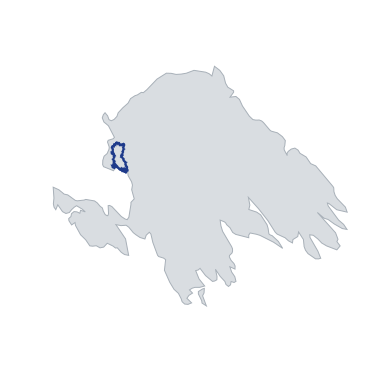 Ballybay-Clones Lea-5, Monaghan, Ireland shown in context, rotated 243°
{"feature_id": "5873133B63636578816304", "entity_name": "Ballybay-Clones Lea-5", "entity_type": "district", "adm_level": 2, "iso_a3": "IRL", "parent_name": "Ireland", "parent_adm1": "Monaghan", "projection": "equal_earth", "projection_center": [-7.062, 54.133], "detail": "fine", "context": "in_parent", "style": "outline", "palette": "blue", "viewbox_px": 384, "rotation_deg": 243, "n_neighbors": 0, "source": "geoboundaries", "source_scale": "gbopen_adm2", "svg_char_len": 8677}
<svg xmlns="http://www.w3.org/2000/svg" viewBox="0 0 384 384"><g transform="rotate(243 192 192)"><path d="M245.8,80.0L237.5,84.2L236.2,85.8L233.8,92.2L233.6,94.0L228.3,101.1L225.4,102.6L220.9,103.7L218.4,104.9L215.3,104.3L211.3,104.4L209.3,105.7L209.4,106.7L210.6,107.8L217.9,111.1L217.5,112.4L215.4,114.0L202.2,117.9L198.2,120.2L196.8,121.7L198.2,124.3L208.7,132.0L210.5,132.9L212.1,137.4L221.4,139.3L225.2,142.1L228.5,142.8L235.6,142.5L238.5,143.6L240.1,142.8L241.1,141.3L249.1,135.8L246.6,131.7L254.7,124.7L256.9,124.8L260.7,126.9L263.8,129.9L264.8,133.9L267.8,137.5L269.7,138.7L274.9,139.4L276.1,140.8L275.2,146.0L275.9,147.7L289.0,147.6L294.3,145.3L298.8,145.7L301.1,148.1L302.1,150.5L298.2,151.4L294.1,150.9L292.1,152.5L292.0,155.5L293.4,159.4L296.1,162.2L298.4,168.5L300.2,175.4L303.1,179.6L303.7,184.9L303.3,187.4L303.8,192.1L302.6,193.7L303.6,198.1L308.5,212.1L309.5,223.1L307.2,227.3L304.0,231.2L302.0,235.8L300.4,240.9L299.5,249.0L292.6,258.5L289.7,260.9L286.3,262.4L293.8,269.1L287.7,272.0L281.1,273.0L273.7,271.3L269.1,271.5L263.3,275.0L262.0,274.4L259.2,268.9L257.2,274.5L253.0,276.3L245.7,276.0L233.6,277.5L228.9,279.1L227.0,281.6L225.6,284.6L223.7,286.3L221.5,287.2L212.1,289.4L210.3,290.2L205.9,295.0L200.2,297.7L195.5,298.5L191.3,295.8L189.6,294.1L187.7,293.3L181.2,293.4L183.3,294.2L184.5,296.2L185.2,299.9L184.4,303.6L181.2,305.5L177.4,305.8L171.4,309.6L163.4,310.6L159.1,314.1L132.9,320.1L131.4,320.2L127.8,318.6L123.9,318.0L120.0,318.4L108.9,321.8L103.6,321.1L110.5,312.9L119.7,308.7L120.7,307.6L117.7,307.0L100.4,309.9L94.3,312.4L88.3,313.1L91.2,309.3L99.0,304.2L105.7,300.8L108.7,297.8L116.9,294.4L90.5,301.4L83.6,300.6L82.0,298.6L76.7,299.5L74.7,294.8L82.8,287.5L87.5,284.5L93.1,282.8L98.4,280.4L100.4,277.5L97.9,276.5L82.1,277.3L74.5,276.6L75.0,274.3L76.4,271.7L84.4,267.4L88.6,266.7L92.4,267.1L99.1,269.7L108.0,268.8L104.3,266.0L103.8,260.3L101.0,258.4L104.7,255.8L108.9,254.2L115.9,248.7L118.4,247.9L132.1,246.6L146.9,243.7L161.6,239.8L154.1,237.6L150.6,234.7L144.7,240.5L140.5,242.8L128.8,244.0L125.1,243.3L119.8,241.5L118.2,242.2L116.7,243.6L108.8,246.5L100.6,247.2L110.2,241.9L122.5,232.9L125.2,230.1L129.1,225.2L127.9,223.0L125.5,221.8L134.4,211.7L137.5,209.9L143.0,209.6L147.2,208.0L149.0,208.0L150.6,207.4L154.2,204.3L148.7,202.4L143.0,201.4L125.3,202.5L123.0,202.3L120.9,201.3L119.5,200.0L118.4,196.6L117.2,195.8L113.2,195.8L109.2,196.9L106.5,196.8L103.8,195.3L108.2,191.8L102.7,191.0L97.1,191.7L92.4,190.6L92.3,188.4L94.5,186.2L91.8,184.2L91.3,181.6L94.2,180.3L97.4,180.7L104.0,178.8L112.5,177.8L105.3,175.9L102.5,174.3L102.4,171.8L103.0,169.7L111.4,166.1L120.3,164.5L119.7,162.1L120.3,159.6L111.4,158.8L102.5,160.6L103.5,155.7L105.7,151.3L106.2,148.4L105.9,145.3L101.7,146.6L101.3,142.3L99.6,139.2L93.4,141.3L93.7,137.4L95.5,134.6L98.7,133.4L101.9,133.9L107.8,133.9L113.5,131.8L121.7,131.2L134.8,131.9L143.7,137.8L146.0,136.7L149.6,133.0L151.3,132.6L164.8,134.2L173.2,136.3L175.5,135.7L174.3,131.6L171.5,128.7L175.1,125.0L179.6,122.5L182.5,121.2L189.3,119.7L192.3,118.2L194.3,113.4L197.5,109.4L180.4,111.5L164.3,106.8L166.9,103.5L170.3,101.6L176.2,100.1L176.8,98.4L179.8,97.0L184.8,93.2L183.0,88.3L184.0,84.7L187.6,82.3L188.8,78.9L190.4,76.5L197.6,75.6L204.5,73.3L215.1,73.0L217.9,73.9L217.3,69.8L222.3,69.3L224.3,70.1L225.1,73.0L227.4,74.8L228.1,78.0L226.5,80.5L224.0,82.4L226.3,84.4L222.7,87.9L226.6,86.4L232.2,82.9L231.9,80.1L230.9,76.6L229.4,73.4L230.1,69.9L233.3,67.7L241.5,66.6L238.1,62.6L241.1,62.2L244.4,63.1L249.2,66.2L259.3,70.5L254.4,74.4L248.2,77.1L245.8,80.0ZM100.8,157.4L100.5,159.2L96.6,156.9L94.7,154.3L84.0,153.1L88.5,150.5L90.7,151.3L98.3,151.4L100.4,152.5L100.8,157.4Z" fill="#d9dde1" stroke="#a8b0b8" stroke-width="1"/><path d="M268.5,141.4L268.3,141.3L268.4,141.1L268.1,140.8L268.1,140.7L267.9,140.6L267.5,140.9L267.2,140.9L267.0,141.0L266.9,140.8L266.7,140.8L266.6,140.7L266.2,140.6L266.2,140.8L265.9,140.9L265.7,140.8L265.4,140.4L265.2,140.5L264.9,140.3L264.7,140.2L264.3,140.0L263.8,139.9L263.7,139.7L263.9,139.6L263.9,139.4L264.0,139.1L263.9,139.0L263.9,138.8L263.9,138.6L263.6,138.6L263.4,138.4L263.6,138.2L263.0,138.0L262.7,137.9L262.3,138.1L262.1,138.4L261.7,138.5L261.6,138.8L261.6,139.0L261.9,139.1L262.0,139.3L261.9,139.5L262.0,139.7L261.9,139.7L261.5,139.8L261.2,139.6L260.9,139.6L260.5,139.5L260.4,139.6L259.7,139.7L259.8,139.4L259.7,139.0L259.3,139.2L259.0,139.1L259.1,138.8L259.0,138.7L258.5,138.4L258.4,138.2L258.5,138.1L258.2,138.0L257.9,138.1L257.8,137.8L257.7,137.7L257.5,137.4L257.4,137.2L256.9,136.9L256.8,136.7L257.0,136.7L257.0,136.4L256.6,136.5L256.3,136.4L256.0,136.4L256.0,136.5L255.3,136.9L255.0,136.7L254.8,136.8L254.8,136.6L254.8,136.4L254.6,136.4L254.6,136.1L254.6,135.9L254.3,135.7L253.8,135.6L253.7,135.9L253.8,136.0L254.0,136.1L253.7,136.2L253.1,136.1L252.7,136.2L252.4,136.1L251.9,136.1L251.7,135.9L251.2,135.5L251.7,135.2L251.9,134.8L251.9,134.6L251.7,134.5L251.4,134.6L251.2,134.2L251.3,134.0L251.7,134.1L252.0,134.0L251.8,133.8L251.8,133.6L251.5,133.6L251.1,133.3L251.5,133.1L251.7,132.8L251.1,132.8L250.8,132.7L250.5,132.5L250.1,132.5L249.8,132.7L249.9,132.9L249.9,133.0L250.0,133.3L249.6,133.4L249.1,133.3L248.8,133.6L249.0,133.7L248.9,133.8L249.3,134.0L249.2,134.1L249.3,134.5L249.8,134.7L249.8,134.8L249.8,135.0L249.3,135.1L249.0,135.4L248.9,135.5L249.6,135.8L249.6,136.0L249.4,136.2L249.4,136.3L249.6,136.4L249.5,136.7L249.7,136.8L249.3,136.9L249.2,137.0L248.3,137.2L248.0,137.2L247.8,137.0L247.6,137.1L247.6,136.8L247.4,136.8L247.2,136.8L247.0,137.1L246.8,137.4L246.3,137.6L246.0,137.5L245.6,137.4L245.0,137.7L245.0,137.8L245.1,138.0L244.7,137.9L244.2,138.1L244.1,138.4L244.1,138.5L244.5,138.4L244.6,138.5L245.0,138.5L244.8,138.6L244.8,138.8L244.4,138.9L244.0,138.8L243.6,138.9L243.8,139.0L243.7,139.3L243.6,139.5L243.8,139.6L243.7,139.9L243.8,140.0L243.9,139.9L244.0,140.2L244.4,140.2L244.6,140.3L244.4,140.4L243.9,140.6L243.7,140.7L243.7,140.8L243.7,141.1L243.9,141.1L244.0,141.3L243.7,141.4L243.6,141.6L243.6,141.8L243.4,142.0L243.5,142.3L243.4,142.3L243.4,142.5L243.1,142.7L242.6,143.0L242.5,143.3L242.6,143.5L242.3,143.5L241.9,143.7L241.5,143.6L241.3,143.5L241.3,143.2L241.0,142.9L241.5,142.8L241.8,143.0L242.2,142.6L242.3,142.4L241.4,142.1L241.5,141.7L242.0,141.7L242.3,141.4L242.2,141.2L242.5,140.5L241.9,140.2L241.8,140.4L241.4,140.6L240.9,140.6L240.7,140.8L240.5,141.0L240.4,141.1L240.2,141.4L240.1,141.6L239.3,141.9L239.4,142.1L239.7,142.1L239.9,142.3L240.0,142.7L240.3,142.5L240.5,142.5L240.4,142.7L240.8,142.9L240.6,143.2L241.2,143.5L241.0,143.9L240.7,143.9L240.7,144.0L240.4,144.1L240.3,144.4L240.7,144.6L241.0,144.4L241.4,144.6L241.8,144.5L242.1,144.5L242.4,144.8L242.8,145.0L243.0,145.2L243.4,145.4L243.6,145.2L244.1,145.3L244.3,145.5L244.7,145.3L244.5,145.1L244.2,145.0L244.2,144.9L244.5,144.9L245.0,145.2L245.5,144.8L245.8,145.1L246.2,145.2L246.2,145.3L246.3,145.3L246.6,145.5L247.0,145.2L247.1,145.3L247.2,145.5L247.6,145.6L247.8,145.9L248.0,145.8L248.5,145.7L248.7,145.8L248.7,146.1L248.8,146.0L249.4,146.2L250.2,145.8L250.3,145.5L250.6,145.4L251.1,145.3L252.0,145.4L252.1,145.7L252.4,145.7L252.5,145.8L252.4,146.1L252.7,146.2L253.1,146.0L253.2,145.7L253.5,145.7L254.5,145.4L254.6,145.2L254.8,145.0L255.0,144.9L255.0,145.0L255.3,145.0L255.5,145.2L256.0,145.2L256.4,145.1L256.5,145.2L256.5,145.4L256.6,145.5L256.1,145.6L255.8,145.8L255.8,146.0L256.0,146.4L256.1,146.5L256.7,146.5L256.8,146.5L256.7,146.7L256.9,146.7L257.2,147.3L258.1,147.5L258.3,148.0L258.5,148.3L258.7,148.5L259.1,148.6L259.1,148.9L259.4,149.0L259.7,148.7L259.8,148.9L259.8,149.0L260.0,149.1L260.2,149.3L260.4,149.3L260.5,149.4L260.7,149.7L260.6,149.8L260.8,150.0L260.8,150.4L261.3,150.7L261.3,150.8L261.5,150.7L261.9,150.5L262.1,150.6L262.3,150.8L262.6,151.0L262.8,150.8L263.2,150.8L263.3,151.0L263.2,151.1L263.1,151.4L264.0,151.8L263.6,151.9L263.7,152.1L264.5,152.3L264.6,152.6L264.4,152.7L264.6,152.9L264.6,153.0L264.8,153.1L265.3,153.2L265.4,152.9L265.7,152.9L266.1,152.8L266.1,152.6L265.8,152.5L265.8,152.3L266.1,151.9L265.9,151.7L265.7,151.5L265.7,151.2L265.8,151.1L265.6,150.9L265.6,150.6L266.0,150.5L266.5,150.6L266.6,150.3L266.7,150.1L266.6,149.8L266.4,149.5L266.1,149.5L266.4,148.9L267.1,149.2L267.1,148.9L267.3,148.7L267.8,148.7L268.2,148.8L268.5,149.0L268.5,148.8L268.7,148.6L269.0,148.7L269.5,148.4L269.4,148.2L269.6,148.0L269.4,147.8L269.7,147.8L269.9,147.5L270.2,147.3L269.7,146.9L269.8,146.8L270.1,146.4L269.2,145.8L269.3,145.5L269.0,145.3L269.3,145.2L269.5,145.3L269.6,145.2L269.5,144.9L269.6,144.7L269.3,144.3L269.9,144.5L270.0,144.4L269.9,144.2L269.6,143.9L268.9,143.8L268.5,143.6L268.4,143.5L268.9,143.4L268.8,143.2L268.6,143.0L268.6,142.8L268.8,142.4L268.5,142.3L268.4,142.1L268.5,141.9L268.3,141.7L268.5,141.4Z" fill="none" stroke="#1e3a8a" stroke-width="2"/></g></svg>